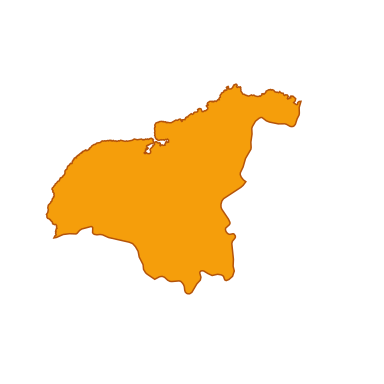 Luperon, Puerto Plata, Dominican Republic (Mercator projection), rotated 327°
{"feature_id": "3306468B16106454484671", "entity_name": "Luperon", "entity_type": "district", "adm_level": 2, "iso_a3": "DOM", "parent_name": "Dominican Republic", "parent_adm1": "Puerto Plata", "projection": "mercator", "projection_center": [-70.936, 19.84], "detail": "fine", "context": "isolated", "style": "filled", "palette": "amber", "viewbox_px": 384, "rotation_deg": 327, "n_neighbors": 0, "source": "geoboundaries", "source_scale": "gbopen_adm2", "svg_char_len": 6032}
<svg xmlns="http://www.w3.org/2000/svg" viewBox="0 0 384 384"><g transform="rotate(327 192 192)"><path d="M242.8,212.7L241.7,209.8L241.4,206.3L241.9,203.7L243.0,202.2L248.4,198.9L255.2,193.0L264.7,188.2L265.9,186.8L268.5,182.3L273.9,176.1L276.8,171.2L278.3,170.0L283.8,167.2L288.5,166.7L290.3,167.0L291.3,167.7L293.1,172.8L295.0,175.5L301.5,181.9L306.9,185.3L308.1,186.7L310.1,190.5L311.4,191.6L312.6,192.1L313.9,192.1L315.7,191.4L320.0,187.9L323.8,185.7L325.0,184.3L327.9,179.5L332.8,175.3L331.2,174.4L329.3,174.6L328.2,176.0L327.7,176.0L326.9,175.2L325.9,172.4L328.2,171.8L329.8,170.2L328.8,166.5L328.2,166.5L327.7,165.7L326.4,165.7L326.1,166.8L325.3,166.5L325.6,166.0L324.6,166.5L323.0,166.2L323.0,165.4L323.5,165.4L323.8,164.8L324.8,164.3L324.8,162.6L323.5,161.5L322.2,161.5L321.9,160.9L322.2,158.7L321.1,158.1L320.3,156.4L320.3,155.6L318.8,155.9L317.7,154.5L317.2,154.5L316.1,153.1L315.9,151.1L314.8,149.7L314.0,149.7L313.5,148.6L312.7,148.6L312.2,148.1L309.0,147.8L308.2,148.6L305.9,149.2L305.3,148.9L305.3,148.3L304.0,147.8L303.5,148.6L301.4,148.9L301.1,148.3L300.3,148.3L298.8,147.5L297.2,145.8L296.7,144.4L295.3,144.1L294.8,143.0L291.9,142.5L290.6,141.3L290.6,140.8L289.5,139.9L289.3,138.8L288.0,137.7L288.0,135.2L288.0,133.8L289.0,132.4L289.3,131.3L289.8,131.0L289.8,130.1L288.8,129.9L288.5,129.3L286.9,129.0L286.7,127.9L288.0,127.1L288.0,125.9L287.4,125.4L285.6,125.1L285.6,125.4L284.0,125.7L283.2,126.5L280.9,126.8L279.0,125.7L279.0,124.5L279.8,124.0L279.8,123.1L278.2,122.9L277.7,123.1L277.7,124.5L276.7,125.4L275.3,125.1L275.3,124.5L274.0,124.5L273.0,125.4L270.6,125.1L270.1,125.7L268.2,126.2L267.4,127.9L266.4,127.9L265.3,128.5L265.1,129.3L264.0,128.7L261.7,129.3L260.9,128.2L259.8,128.2L259.8,127.9L259.0,127.9L258.8,127.3L258.0,127.3L258.0,126.8L256.4,125.7L253.8,125.7L253.0,126.2L253.0,127.1L253.0,127.9L252.2,127.9L251.9,127.3L250.9,127.6L251.1,130.1L250.3,131.0L247.7,131.3L246.7,130.7L245.1,130.7L244.3,130.1L244.8,127.1L244.0,126.2L243.0,126.2L243.0,125.9L241.7,125.9L241.7,126.5L240.6,127.6L239.6,127.6L237.7,126.5L236.7,126.5L236.1,127.1L234.6,127.1L234.0,125.9L230.3,126.2L229.3,126.8L228.5,126.2L227.2,126.2L226.9,126.8L225.3,127.1L225.3,127.3L223.2,126.2L222.7,126.5L222.4,127.3L221.9,127.3L221.7,125.9L222.2,125.7L221.9,124.5L220.9,124.0L218.8,124.0L217.7,122.9L212.4,122.6L210.9,121.7L209.5,120.3L209.0,120.3L208.8,119.8L208.2,119.8L208.0,118.7L206.9,118.1L206.4,117.3L205.9,117.3L205.3,116.4L203.2,115.3L201.7,115.3L201.7,115.0L199.3,114.5L197.2,115.6L196.7,117.3L196.1,117.3L195.1,118.4L193.8,121.2L193.0,121.7L192.4,123.4L191.4,124.3L191.4,125.4L190.9,126.2L190.9,128.5L191.4,128.7L191.7,130.1L192.2,130.7L194.6,131.3L194.8,131.8L196.7,132.7L196.9,133.5L198.5,133.5L199.3,134.3L200.3,134.3L200.6,135.7L199.5,137.4L198.5,137.1L198.2,135.7L196.9,136.0L196.4,136.9L195.3,137.1L194.8,138.0L193.0,137.1L192.7,136.3L192.2,136.0L190.6,136.0L190.6,135.2L191.4,134.9L191.9,133.8L191.4,132.9L190.9,132.9L189.8,131.8L189.8,130.7L189.0,130.1L187.4,130.1L186.4,131.8L184.5,131.8L184.3,132.4L180.6,133.2L179.8,133.8L179.5,135.5L178.5,136.6L176.9,136.6L175.3,135.2L175.3,134.3L173.5,134.3L173.2,133.2L174.8,132.9L175.3,132.1L175.9,132.1L176.1,131.3L177.2,131.3L177.7,131.8L179.0,131.5L179.0,130.7L178.5,130.4L178.8,130.4L178.8,128.7L179.3,128.5L181.1,128.7L181.1,129.0L184.0,129.0L185.3,129.9L186.7,129.6L187.2,128.7L187.2,127.6L187.7,127.3L187.7,126.5L188.0,126.5L187.2,124.8L185.9,124.3L184.3,124.3L183.8,124.0L183.8,123.4L182.2,122.9L181.9,122.3L180.6,122.3L180.1,121.7L179.3,121.7L178.5,120.1L174.6,118.4L172.4,116.1L170.1,116.1L165.3,114.2L165.1,113.6L163.5,113.1L160.3,109.7L159.0,109.7L158.2,108.9L157.2,108.9L156.1,108.3L156.1,107.7L154.5,106.9L154.0,105.8L152.7,105.8L152.2,104.4L151.4,104.4L151.1,103.8L149.8,103.6L149.6,103.0L147.2,102.2L146.9,101.6L145.3,101.0L144.5,100.2L141.9,100.5L138.8,99.1L136.7,99.4L135.9,98.8L133.0,98.8L131.7,99.4L130.1,99.4L129.8,99.9L129.0,99.9L129.0,100.2L126.7,100.2L126.1,99.9L126.1,99.4L125.6,99.4L125.6,98.8L122.7,98.8L122.7,98.5L121.9,98.5L121.4,99.1L120.3,99.1L120.3,98.8L117.4,99.1L117.4,99.4L115.9,99.1L115.9,99.4L113.5,99.6L113.5,100.2L112.4,99.6L111.4,99.6L110.6,100.5L109.6,100.5L109.3,101.0L108.5,101.0L106.9,102.7L106.1,102.4L105.9,101.9L104.3,102.2L103.8,102.7L101.7,102.7L99.5,104.7L98.0,104.7L96.9,105.2L95.6,107.2L94.3,108.0L92.4,108.3L91.7,108.9L89.5,108.6L89.5,108.9L88.0,109.2L86.9,110.3L85.1,110.0L83.2,110.8L81.7,110.8L80.6,111.7L79.8,111.7L78.2,112.5L77.2,112.5L76.1,113.3L76.1,115.3L75.3,116.1L75.6,118.1L74.8,118.9L74.3,120.3L73.2,120.6L73.0,121.2L71.4,121.5L69.3,123.4L68.2,123.4L67.7,124.0L64.3,124.8L62.4,126.8L61.9,128.5L59.8,130.7L57.7,131.5L57.7,132.4L56.6,134.1L56.6,135.5L57.4,136.3L57.7,137.7L58.2,138.0L58.0,139.1L58.5,141.1L58.0,142.2L58.2,142.5L58.0,143.3L58.5,143.6L58.8,144.4L60.1,145.0L60.1,146.7L59.3,147.5L59.0,148.9L58.2,148.9L56.6,150.3L56.4,151.1L55.9,151.1L55.9,151.7L55.1,152.3L54.8,153.9L53.0,154.2L51.2,155.3L53.6,156.3L60.9,157.5L66.6,160.3L71.9,164.0L73.0,164.1L76.8,163.0L79.4,163.0L88.6,166.0L89.2,166.8L89.3,167.9L86.5,171.9L86.5,173.1L87.0,174.3L88.9,176.1L91.7,177.5L93.6,179.1L97.2,184.7L112.0,199.9L114.1,202.9L114.8,207.2L114.5,212.4L112.3,217.8L111.4,226.3L109.2,230.5L109.1,234.5L109.6,236.4L113.2,244.9L118.7,245.4L121.0,246.5L122.5,248.5L123.6,252.8L124.9,255.0L126.3,256.1L132.7,259.5L133.9,260.8L134.4,263.3L134.4,265.2L134.0,267.2L132.4,270.4L131.9,272.2L132.3,274.1L133.1,275.1L134.6,276.1L137.2,276.1L146.0,271.7L151.0,270.4L153.1,268.3L154.4,264.0L155.3,263.3L156.4,263.1L157.5,263.5L158.8,264.6L160.9,269.0L163.4,273.0L168.6,274.9L171.6,277.6L172.5,279.8L171.6,283.5L172.4,284.9L175.3,285.5L180.1,284.8L184.4,281.3L186.1,276.6L190.1,271.0L197.3,256.9L199.1,255.3L202.9,254.1L203.8,253.5L204.4,252.5L204.4,250.3L203.8,249.4L200.6,248.1L199.7,247.2L199.1,245.4L199.0,243.4L199.7,241.5L200.6,240.6L205.5,239.8L206.6,239.2L207.3,238.1L207.8,234.6L207.6,222.7L208.1,220.5L209.6,218.1L212.2,215.8L214.9,214.8L235.5,214.7L238.4,214.3L242.8,212.7Z" fill="#f59e0b" stroke="#b45309" stroke-width="1.5"/></g></svg>